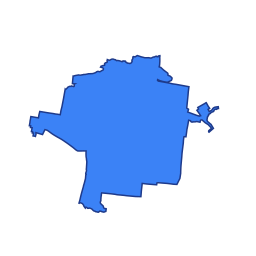 outline of Coarnele Caprei, Iasi, Romania, rotated 323°
{"feature_id": "2599482B36833916817547", "entity_name": "Coarnele Caprei", "entity_type": "district", "adm_level": 2, "iso_a3": "ROU", "parent_name": "Romania", "parent_adm1": "Iasi", "projection": "mercator", "projection_center": [27.123, 47.391], "detail": "fine", "context": "isolated", "style": "filled", "palette": "blue", "viewbox_px": 256, "rotation_deg": 323, "n_neighbors": 0, "source": "geoboundaries", "source_scale": "gbopen_adm2", "svg_char_len": 5695}
<svg xmlns="http://www.w3.org/2000/svg" viewBox="0 0 256 256"><g transform="rotate(323 128 128)"><path d="M43.1,158.9L43.8,158.7L44.1,158.7L44.5,158.8L45.0,159.1L45.1,159.3L46.0,160.7L46.1,161.4L46.1,162.7L45.7,164.1L45.7,164.6L45.7,166.3L46.7,165.9L47.0,166.2L47.3,166.9L47.3,167.5L47.5,167.9L47.9,168.2L48.4,168.5L48.6,168.5L49.0,168.7L49.8,169.8L50.3,170.8L50.5,171.7L50.5,172.2L50.7,173.2L50.8,173.6L51.0,174.0L51.5,174.4L51.7,175.1L52.0,175.7L52.5,176.0L53.1,176.9L53.8,177.5L54.4,177.4L54.8,177.5L55.3,177.4L55.5,177.4L56.3,178.2L56.9,179.4L57.2,179.6L57.3,179.7L57.5,180.0L57.9,180.5L58.7,180.9L59.4,181.0L60.1,181.3L62.0,179.4L61.8,179.0L61.3,178.7L61.0,178.4L60.7,177.9L60.6,177.4L60.6,177.1L60.8,176.4L61.2,175.6L61.2,174.9L60.8,172.8L60.7,171.7L60.8,171.1L61.1,170.7L61.9,170.0L62.4,169.9L62.6,169.7L63.4,168.6L63.9,168.1L64.1,167.8L65.3,166.5L66.1,165.8L67.5,164.2L67.6,163.9L67.5,163.6L74.8,170.3L77.7,173.1L79.1,174.7L82.1,177.4L84.5,179.6L86.0,181.1L90.3,185.0L92.7,187.2L97.0,190.6L100.9,186.2L104.5,182.4L106.0,180.8L109.3,184.0L116.7,190.6L118.0,189.3L118.5,189.5L119.2,189.9L126.0,195.9L128.5,198.3L130.3,200.1L133.1,202.5L139.1,199.5L142.7,196.0L144.2,194.1L146.4,191.4L148.6,188.9L153.5,183.5L154.1,182.8L156.4,180.2L163.2,173.2L164.7,171.4L167.3,168.7L167.6,168.7L169.0,169.9L172.2,166.7L174.0,164.8L177.5,161.7L181.1,158.3L182.1,159.5L182.3,160.1L182.1,160.4L182.2,161.2L182.4,161.5L182.6,161.7L182.8,161.7L182.9,161.9L183.3,162.2L183.7,162.4L184.1,162.5L184.5,162.9L185.5,163.6L186.5,164.0L187.0,164.4L189.0,166.7L190.6,165.5L191.3,165.6L191.8,166.0L192.0,166.2L192.7,169.7L192.9,170.5L194.0,173.3L194.1,173.8L194.5,177.3L194.5,177.7L194.4,178.0L194.2,178.3L193.9,178.5L193.6,178.6L192.8,178.6L191.9,178.7L191.2,178.7L190.8,178.8L190.3,179.3L190.1,179.7L190.2,180.1L193.1,179.9L196.0,179.7L196.5,175.0L196.2,174.1L195.9,172.5L195.6,171.4L195.5,170.6L195.6,169.9L195.8,169.3L196.1,168.9L196.7,168.4L197.0,168.1L197.3,167.7L197.9,167.3L198.2,167.0L198.4,166.8L199.2,166.7L199.9,166.2L200.1,166.3L200.3,166.2L200.2,166.0L200.5,165.7L201.2,165.6L202.6,166.0L203.1,165.8L203.3,165.7L203.6,165.6L204.0,165.7L206.2,166.3L206.6,166.2L206.8,166.0L207.6,165.6L208.1,165.5L209.0,165.6L209.3,165.7L209.8,166.2L209.9,166.4L210.2,166.5L210.9,166.2L211.2,166.4L212.0,166.9L212.9,165.3L210.6,164.0L209.4,163.5L209.0,163.5L208.3,163.4L207.5,163.5L206.2,164.0L205.5,164.1L202.8,163.8L203.2,161.3L205.0,161.5L205.1,160.8L205.1,159.1L205.5,156.4L205.7,155.1L205.7,154.8L205.2,154.7L204.5,154.7L196.1,153.6L195.8,155.3L193.7,155.3L193.6,159.2L193.4,161.9L192.3,161.5L191.8,161.0L190.4,159.1L185.3,151.2L187.6,149.5L187.6,149.2L186.9,147.8L186.9,147.5L187.1,147.2L195.7,137.9L198.0,135.3L201.5,131.7L198.4,128.3L192.7,122.1L190.1,119.5L188.2,117.2L181.0,109.4L180.5,108.9L180.4,108.6L180.2,107.8L180.8,107.2L181.9,109.3L183.7,111.7L185.6,113.8L186.9,115.2L191.3,116.1L192.2,115.6L193.2,114.7L193.3,114.3L192.9,112.0L192.4,111.2L191.7,109.9L191.7,109.6L192.4,109.0L192.5,108.8L192.7,108.0L191.3,103.1L190.7,99.8L190.7,99.5L190.4,99.1L189.7,97.9L190.6,97.2L191.5,96.3L193.7,93.7L195.7,91.0L196.0,90.5L196.6,90.0L197.0,89.4L196.6,89.2L196.2,89.1L196.0,88.9L195.5,88.9L194.8,89.2L194.6,89.0L194.3,88.4L194.0,88.3L194.0,87.9L193.5,87.6L193.0,87.3L191.8,87.2L191.4,86.8L190.3,86.4L188.9,86.2L188.2,85.8L186.8,84.3L183.6,81.9L183.1,81.2L181.2,78.9L180.5,77.8L179.0,75.7L176.7,75.5L176.4,75.4L176.1,75.1L175.3,74.2L174.8,74.2L174.5,74.3L174.2,74.9L173.9,75.2L173.4,75.6L172.4,75.9L171.9,76.4L171.6,76.6L171.5,77.1L171.2,77.3L171.1,77.5L170.7,77.6L169.9,77.9L169.0,77.9L168.5,77.7L168.2,77.6L167.9,77.0L166.6,75.9L166.4,75.6L166.4,75.4L166.5,75.1L166.1,74.6L166.0,74.4L165.9,74.0L165.9,73.9L166.1,73.6L166.1,73.3L166.2,73.1L166.1,72.9L165.5,72.6L165.5,72.4L165.2,72.1L164.9,72.1L164.7,71.7L164.3,71.4L164.0,71.4L163.5,71.6L163.1,71.4L161.7,69.3L161.1,68.6L160.2,67.7L159.5,67.4L159.4,66.9L159.0,66.2L159.0,65.8L158.6,65.5L157.6,64.0L157.2,63.7L156.8,63.4L156.0,63.1L154.1,62.8L153.6,62.4L152.7,60.9L152.5,61.1L152.0,61.4L151.6,61.9L151.5,62.3L151.1,62.8L150.4,62.9L149.8,62.6L149.3,62.4L148.4,62.4L147.9,62.6L147.6,63.1L147.5,63.5L147.0,63.8L146.2,63.4L145.8,63.3L145.3,62.9L144.8,62.9L143.8,62.4L142.7,62.9L143.4,63.8L144.1,64.9L144.1,65.8L143.9,66.1L143.3,66.5L142.8,66.7L141.6,66.4L139.6,66.2L139.2,66.0L138.3,64.9L138.1,64.7L137.7,64.5L136.6,64.2L136.3,64.3L136.0,64.3L134.9,64.1L133.3,63.6L132.4,63.2L130.9,62.2L129.8,61.4L128.9,60.8L127.7,60.3L126.6,59.7L126.0,59.5L125.7,59.3L125.1,58.7L124.2,58.4L123.1,57.8L122.0,57.3L121.0,56.5L120.5,55.9L117.5,54.4L116.0,53.8L115.5,53.6L115.4,53.5L110.3,59.1L112.1,60.7L111.5,60.6L111.2,60.8L111.0,61.2L110.6,61.8L110.1,62.3L109.7,62.3L109.2,61.9L108.8,61.3L108.1,60.4L107.5,60.5L107.3,60.3L107.3,60.2L106.2,59.5L104.3,59.2L103.9,59.4L102.0,59.7L101.2,59.5L101.2,59.4L101.2,59.2L94.1,65.8L90.3,69.2L88.1,71.2L85.1,73.6L81.9,76.6L79.8,74.4L78.7,73.4L77.0,71.5L73.5,68.0L67.5,61.7L64.8,63.9L63.2,65.4L62.6,66.0L57.3,60.4L56.4,61.2L56.1,61.6L54.1,63.4L52.9,64.7L50.6,66.8L51.6,67.7L50.4,68.9L51.6,70.1L48.7,72.7L49.5,73.6L48.6,74.4L49.5,75.2L47.4,77.2L48.5,78.3L48.9,78.8L49.0,79.0L50.7,77.7L51.7,76.3L53.1,78.2L55.8,81.8L60.7,79.3L61.9,80.9L62.3,81.7L62.8,83.3L63.7,86.3L64.1,87.5L64.8,89.4L66.3,93.0L67.0,94.5L68.3,97.6L70.4,103.8L72.4,110.5L73.2,114.1L73.8,115.6L74.0,116.0L75.3,117.1L78.8,119.6L80.7,121.1L78.8,123.5L77.4,125.5L76.9,126.4L76.1,128.0L75.9,128.1L74.8,130.2L70.0,135.8L69.9,135.8L69.4,136.8L69.0,137.3L68.5,137.7L68.0,138.0L67.3,138.5L66.8,139.0L66.7,139.1L66.8,139.5L66.7,139.8L66.1,140.0L63.6,142.8L59.6,146.0L57.9,147.2L56.9,148.1L51.9,151.9L48.9,154.3L46.2,156.6L43.1,158.9Z" fill="#3b82f6" stroke="#1e3a8a" stroke-width="1.5"/></g></svg>